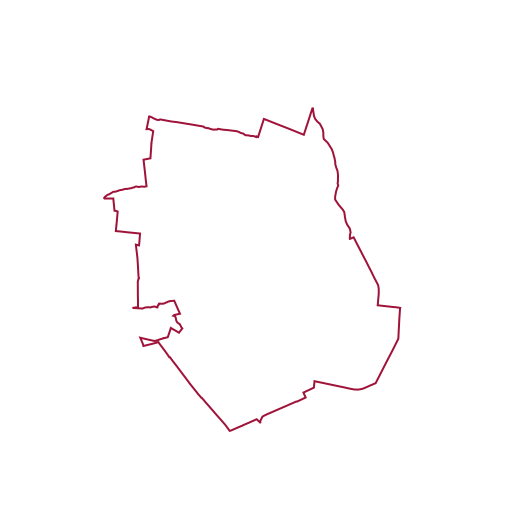 Nicolae Balcescu, Constanta, Romania, rotated 46°
{"feature_id": "2599482B82722898963423", "entity_name": "Nicolae Balcescu", "entity_type": "district", "adm_level": 2, "iso_a3": "ROU", "parent_name": "Romania", "parent_adm1": "Constanta", "projection": "equal_earth", "projection_center": [28.337, 44.408], "detail": "fine", "context": "isolated", "style": "outline", "palette": "rose", "viewbox_px": 512, "rotation_deg": 46, "n_neighbors": 0, "source": "geoboundaries", "source_scale": "gbopen_adm2", "svg_char_len": 5786}
<svg xmlns="http://www.w3.org/2000/svg" viewBox="0 0 512 512"><g transform="rotate(46 256 256)"><path d="M300.9,392.1L301.2,392.2L305.6,392.6L309.7,393.0L310.8,393.1L312.3,393.2L315.3,393.6L315.8,393.6L316.5,393.6L320.1,393.8L320.2,393.7L320.4,393.5L321.5,393.6L323.8,393.7L325.8,393.9L328.7,394.0L331.1,394.1L332.4,394.2L338.4,394.5L343.4,394.8L350.7,395.1L356.3,395.4L359.9,395.9L363.5,396.4L364.2,395.1L365.2,392.4L368.2,384.4L368.4,384.0L368.6,383.8L368.7,383.6L368.7,383.1L368.7,382.9L370.5,378.2L370.9,377.2L373.9,368.9L374.0,368.9L378.6,368.7L378.6,368.4L377.9,368.4L377.4,366.7L376.7,364.8L376.3,363.7L376.1,363.0L376.2,362.4L376.2,362.1L376.5,361.1L376.9,359.9L377.3,358.6L377.7,357.4L378.2,356.2L381.7,346.8L382.5,344.6L382.9,343.7L383.5,341.9L383.7,341.4L383.9,341.0L385.7,336.1L386.5,333.9L387.0,332.6L388.7,328.0L389.2,327.7L392.3,318.6L388.4,317.2L387.2,316.7L389.5,310.0L390.9,305.8L386.8,301.0L386.7,300.9L393.3,296.4L403.3,289.6L411.1,284.3L416.7,280.6L417.2,280.2L420.1,278.2L422.3,276.1L423.7,274.5L425.0,272.5L425.4,271.8L425.7,271.1L426.1,270.3L426.6,269.0L427.1,267.6L428.4,264.0L430.6,258.3L423.6,237.9L422.4,234.4L420.7,229.3L418.7,223.3L414.4,211.1L409.6,206.0L405.4,201.5L401.2,197.0L401.1,196.9L399.9,195.6L393.6,188.6L393.0,188.8L393.0,188.7L390.1,190.9L390.0,191.0L388.3,192.5L376.0,202.7L369.0,194.6L367.7,193.2L364.6,190.3L361.8,188.4L356.1,186.7L355.9,186.6L355.6,186.6L347.0,183.8L341.9,182.3L337.5,180.9L329.0,178.4L325.1,177.2L317.6,175.0L310.4,172.8L308.9,176.5L308.4,176.2L306.4,174.1L305.9,173.5L305.6,173.0L305.1,172.1L304.7,171.5L304.5,171.4L301.9,169.7L301.4,169.5L298.9,169.0L297.8,168.8L297.3,168.7L297.0,168.7L293.8,167.5L293.2,167.2L292.4,166.7L289.7,164.9L285.9,162.1L285.6,162.0L285.4,161.9L284.7,161.8L283.2,161.4L281.7,161.3L276.7,161.0L270.4,159.9L268.3,157.9L265.3,153.7L263.6,150.6L262.4,147.8L262.0,147.6L260.6,147.0L260.3,146.6L259.4,145.4L255.1,141.1L252.8,139.3L251.5,138.3L248.2,136.9L245.2,135.3L243.2,133.5L241.6,132.5L239.8,131.3L238.6,130.7L238.0,130.4L237.4,130.1L235.1,128.7L231.7,127.3L231.3,127.2L225.1,125.9L224.8,125.8L220.3,125.9L219.2,126.0L218.9,125.9L218.7,125.8L216.7,124.4L215.5,123.3L214.1,121.9L213.8,121.7L211.7,120.3L211.0,119.9L206.0,118.4L205.0,118.2L204.4,118.3L203.2,118.4L202.4,118.5L200.7,118.4L198.8,118.2L198.4,118.2L197.3,117.7L196.2,117.3L195.5,117.0L194.6,116.3L192.7,115.0L191.4,114.1L190.4,113.4L189.8,112.8L189.5,112.5L189.2,112.7L189.0,112.9L190.9,116.5L194.7,123.6L202.0,137.4L187.4,143.9L173.7,150.2L166.8,153.3L162.9,155.1L168.3,165.2L171.9,171.9L171.6,172.1L170.7,172.4L170.6,172.5L170.3,172.6L170.6,173.2L169.6,173.7L167.9,174.5L167.4,174.9L166.9,175.5L166.1,176.3L164.8,177.2L164.4,177.3L163.3,178.3L161.9,179.6L161.3,179.8L160.5,180.0L159.1,180.1L158.8,180.3L157.2,181.3L156.4,181.7L155.2,182.0L153.7,182.7L152.3,183.6L149.2,186.1L144.7,189.8L142.2,192.0L140.6,193.2L138.2,194.9L138.0,196.2L137.0,197.1L135.9,198.5L135.2,199.1L133.7,200.1L132.8,200.6L131.3,201.3L130.7,201.6L130.0,202.4L127.9,203.7L127.0,203.9L126.5,203.8L117.9,210.1L110.4,215.7L107.6,217.8L105.8,219.1L105.0,219.7L100.4,223.5L91.1,230.1L90.7,231.4L90.4,231.7L89.4,232.5L88.5,233.0L86.7,233.7L85.7,234.1L84.7,234.4L84.2,234.5L81.8,235.5L81.4,236.0L82.1,236.9L88.4,246.1L88.7,246.6L90.1,245.0L90.7,244.6L91.6,244.2L94.8,243.2L96.7,245.7L102.2,252.9L102.4,252.9L102.9,253.6L107.1,258.2L111.3,262.9L112.4,264.1L108.6,270.0L114.2,274.3L119.3,278.2L124.4,282.2L129.8,286.3L129.5,286.8L128.9,287.9L126.7,289.9L125.9,290.8L125.1,292.3L123.3,293.5L122.6,294.1L122.3,294.7L122.0,296.0L121.2,297.1L120.7,298.4L118.6,301.5L118.5,301.8L118.2,302.2L117.7,302.6L117.1,303.2L116.5,304.1L116.0,305.1L115.9,305.5L115.4,306.2L115.1,306.8L114.4,307.7L114.2,308.0L113.8,308.7L113.5,309.5L113.2,310.2L112.3,312.0L111.8,312.8L110.7,314.0L110.5,314.9L109.7,318.3L109.7,318.6L108.9,320.2L108.6,323.0L108.6,324.3L108.7,324.8L108.9,325.0L109.2,325.0L109.4,324.8L109.6,324.9L115.1,319.2L115.5,318.7L120.3,322.5L125.1,326.3L125.2,326.2L127.0,325.0L127.9,324.6L128.0,324.7L134.4,332.1L140.7,339.5L140.8,339.4L145.4,335.5L150.1,331.6L154.7,327.7L159.3,323.8L161.4,326.2L163.7,328.8L166.0,331.4L167.1,332.8L164.4,334.5L167.6,337.0L174.2,342.0L175.8,343.3L182.6,349.1L189.4,355.0L190.2,355.2L190.9,355.9L190.8,356.5L191.0,356.7L191.5,357.5L192.3,358.8L192.9,359.4L199.1,365.3L201.9,368.0L205.7,371.5L210.9,376.5L210.1,377.5L209.3,378.4L209.0,379.0L208.1,380.2L208.3,380.3L208.9,379.7L209.6,379.0L214.9,374.2L215.2,373.6L215.5,372.8L215.9,371.9L216.7,370.6L217.3,369.9L217.8,369.3L218.4,368.7L219.7,367.7L219.9,367.0L220.8,365.6L221.2,365.0L221.4,364.6L221.8,364.2L222.1,363.9L224.1,363.0L224.5,362.6L224.4,362.4L224.3,362.2L224.1,362.0L223.7,361.6L223.6,360.9L223.5,360.7L223.4,360.5L223.3,360.3L223.4,360.0L223.5,359.9L223.5,359.5L223.4,359.4L223.2,359.3L222.9,359.0L222.9,358.9L223.0,358.7L223.2,358.4L224.0,357.8L224.9,357.0L225.6,356.0L226.0,355.7L226.2,355.3L226.6,354.3L226.9,353.3L227.3,352.3L227.5,352.1L227.6,351.5L227.9,350.6L228.4,349.9L228.7,349.1L229.0,348.8L229.5,348.2L231.1,346.3L231.4,345.9L242.5,350.0L244.7,350.8L242.2,354.9L241.6,356.0L241.6,356.9L241.9,356.7L242.7,356.3L243.3,356.2L243.8,356.3L244.4,356.5L246.9,358.1L248.4,358.7L249.8,358.7L252.0,358.2L253.1,358.4L254.1,358.8L255.1,359.1L255.5,359.2L256.9,359.3L257.4,363.0L257.7,364.7L253.2,365.9L250.3,366.8L248.6,367.2L248.8,367.7L249.2,368.4L249.7,369.2L253.1,375.8L253.0,376.1L251.0,379.6L250.7,379.7L250.7,380.2L248.8,383.8L248.7,384.2L248.5,384.7L246.7,388.0L244.9,389.2L241.6,391.4L236.8,394.5L234.4,396.0L239.5,398.0L241.0,398.6L242.5,399.5L247.2,391.5L250.2,386.0L251.5,386.3L261.3,387.5L268.4,388.6L268.8,388.7L269.2,388.2L273.2,388.8L278.9,389.4L281.5,389.7L282.7,389.9L282.9,389.9L290.3,390.8L300.9,392.1Z" fill="none" stroke="#9f1239" stroke-width="2"/></g></svg>